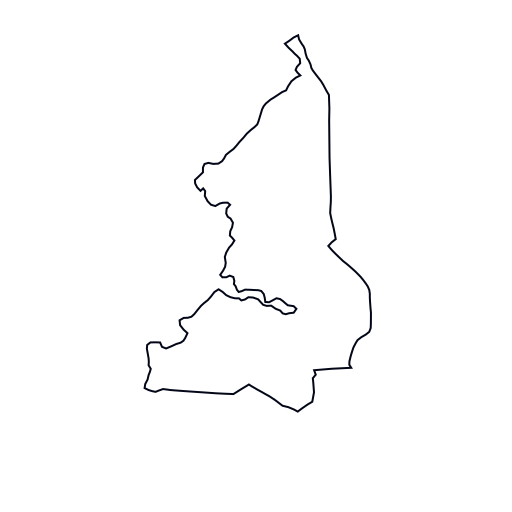 Jomvu, Coast, Kenya, rotated 232°
{"feature_id": "3690345B21268923503814", "entity_name": "Jomvu", "entity_type": "district", "adm_level": 2, "iso_a3": "KEN", "parent_name": "Kenya", "parent_adm1": "Coast", "projection": "robinson", "projection_center": [39.609, -3.99], "detail": "fine", "context": "isolated", "style": "outline", "palette": "ink", "viewbox_px": 512, "rotation_deg": 232, "n_neighbors": 0, "source": "geoboundaries", "source_scale": "gbopen_adm2", "svg_char_len": 3398}
<svg xmlns="http://www.w3.org/2000/svg" viewBox="0 0 512 512"><g transform="rotate(232 256 256)"><path d="M404.0,425.1L405.0,420.2L405.1,414.5L405.5,409.5L400.0,409.9L394.9,410.7L391.6,411.0L388.4,411.6L384.5,411.9L380.7,409.5L379.9,404.7L378.2,401.7L375.0,401.6L371.0,402.1L372.0,397.2L371.9,391.5L370.0,385.8L368.0,381.7L369.1,377.5L369.5,371.9L369.9,367.2L370.3,363.8L370.1,357.7L369.3,354.2L367.8,351.1L365.2,347.4L362.6,343.7L360.5,340.7L358.9,338.0L358.5,334.0L358.5,329.9L358.1,324.2L356.9,318.7L356.0,312.9L355.0,308.7L354.2,304.2L354.3,299.4L354.2,294.6L352.5,290.8L351.6,287.6L352.0,283.2L354.9,279.0L358.7,275.8L360.2,272.1L358.4,268.7L354.6,265.7L353.9,259.1L353.5,254.7L350.6,252.7L346.3,251.9L341.5,252.4L341.8,256.0L338.4,255.9L334.8,252.6L329.0,251.6L324.1,252.1L320.4,254.7L319.7,259.7L318.3,262.8L315.5,266.5L312.3,267.1L311.4,262.1L307.9,258.7L304.3,257.9L301.2,259.0L296.4,258.3L293.4,254.9L291.4,251.0L288.2,248.0L285.3,248.4L281.5,248.5L279.9,244.2L279.2,240.0L277.0,234.6L274.4,230.8L269.2,227.9L266.5,225.0L264.7,221.0L263.2,216.2L259.9,216.4L257.5,219.6L256.7,223.2L253.4,225.2L249.7,223.6L247.5,221.3L244.6,221.3L241.2,220.2L238.3,220.2L237.1,223.1L236.2,226.7L233.2,230.3L230.4,233.5L227.7,236.7L225.2,238.6L221.3,238.7L217.8,237.2L214.0,235.0L211.5,237.9L210.8,241.8L210.1,246.1L207.2,248.5L203.7,249.5L200.9,250.0L197.6,250.7L193.3,254.8L189.5,255.3L188.1,250.8L190.5,246.9L191.8,243.6L194.3,241.7L198.1,241.5L202.3,239.0L207.5,237.4L210.1,233.7L213.1,231.6L216.4,231.3L220.6,231.0L225.1,228.1L228.2,224.6L228.5,220.6L230.0,217.1L233.1,216.5L235.7,213.3L239.3,210.5L243.5,208.4L248.2,207.6L252.8,206.0L253.2,201.0L251.7,195.2L250.9,190.8L250.9,186.1L250.6,182.1L249.5,176.9L248.2,171.6L247.9,167.8L249.3,164.2L251.7,161.0L252.4,156.2L248.2,153.6L242.6,153.6L237.4,154.5L235.0,149.8L233.9,146.6L234.1,143.2L235.7,139.1L237.0,133.6L238.5,128.2L242.3,126.0L246.9,127.2L249.9,123.6L252.9,119.6L252.9,115.5L250.1,112.9L245.7,110.6L241.4,108.3L238.6,106.4L236.0,104.1L231.9,103.6L230.0,101.0L228.3,98.1L225.4,94.5L223.3,89.9L220.5,86.9L216.4,88.9L213.4,91.0L210.8,93.2L209.8,96.6L208.4,100.8L205.4,103.8L203.1,106.0L200.9,108.4L197.7,111.9L194.8,115.1L192.0,118.2L189.4,121.1L180.6,130.9L172.4,140.0L166.7,146.6L161.1,153.2L160.2,162.1L159.1,171.3L156.2,172.3L149.7,174.9L144.6,177.1L140.9,178.6L137.2,180.2L130.6,182.4L121.7,184.7L117.0,188.4L111.9,191.3L107.7,193.1L107.6,198.2L107.2,205.3L106.5,210.6L112.9,217.8L121.3,223.4L124.7,225.5L125.7,230.0L130.2,231.5L120.5,246.3L109.3,262.2L112.9,262.6L115.5,264.8L118.6,268.7L121.1,272.2L123.9,276.4L126.0,281.0L127.2,284.2L127.2,289.0L126.5,293.9L126.5,298.5L128.6,302.0L131.5,304.5L134.4,306.8L136.9,308.8L140.6,311.7L144.5,314.2L149.3,317.4L153.3,320.2L156.1,322.4L159.4,324.3L163.1,325.3L166.6,325.6L171.1,325.7L175.2,325.6L178.9,325.2L182.3,324.8L186.9,324.0L190.6,323.3L194.0,322.6L198.4,321.5L204.5,320.6L208.9,320.0L213.2,319.5L216.3,319.3L219.4,319.2L220.2,324.2L220.2,329.2L224.4,331.4L229.7,334.1L234.2,336.1L239.2,338.4L244.2,340.9L248.6,344.7L252.6,348.3L256.7,351.6L260.0,354.0L274.1,364.2L288.1,374.4L291.5,377.0L303.0,385.8L317.9,397.2L327.0,404.6L338.0,412.6L343.3,413.3L349.4,414.4L353.7,414.9L358.3,414.9L362.4,414.9L367.2,415.0L370.1,415.4L373.4,416.9L377.5,417.9L380.7,418.1L384.9,419.7L388.8,421.7L391.7,422.5L395.4,422.7L400.2,423.3L404.0,425.1Z" fill="none" stroke="#020617" stroke-width="2"/></g></svg>